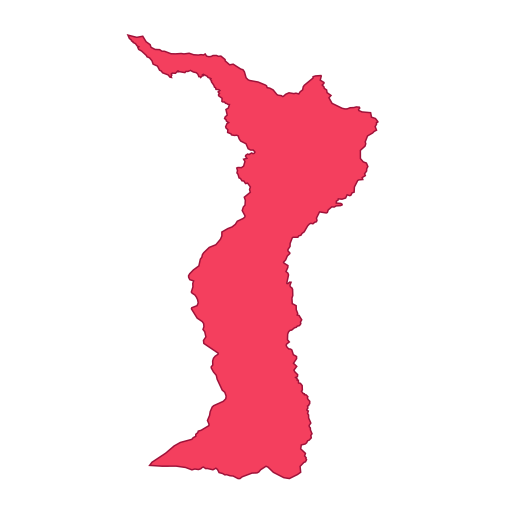 Santa Isabel, Tolima, Colombia (Equal Earth projection), rotated 269°
{"feature_id": "7082276B22900870629792", "entity_name": "Santa Isabel", "entity_type": "district", "adm_level": 2, "iso_a3": "COL", "parent_name": "Colombia", "parent_adm1": "Tolima", "projection": "equal_earth", "projection_center": [-75.189, 4.734], "detail": "fine", "context": "isolated", "style": "filled", "palette": "rose", "viewbox_px": 512, "rotation_deg": 269, "n_neighbors": 0, "source": "geoboundaries", "source_scale": "gbopen_adm2", "svg_char_len": 6095}
<svg xmlns="http://www.w3.org/2000/svg" viewBox="0 0 512 512"><g transform="rotate(269 256 256)"><path d="M39.0,296.9L44.9,296.4L48.8,300.3L49.4,301.9L51.5,303.0L52.7,302.3L53.5,302.6L55.2,301.1L57.8,302.0L62.4,297.3L66.3,298.0L67.2,301.9L68.4,303.4L70.3,304.3L71.0,306.0L73.2,308.1L75.6,307.7L77.3,308.9L81.1,307.4L83.2,307.3L84.4,306.3L85.7,306.2L88.0,307.9L93.1,305.8L96.2,305.8L97.6,304.8L100.1,305.6L100.8,304.3L101.6,304.2L103.0,305.2L105.1,304.9L105.6,306.1L106.5,306.2L107.4,307.1L109.8,307.2L111.7,305.5L113.2,304.9L114.4,305.4L116.2,303.8L116.5,302.0L117.4,302.0L117.7,300.8L120.0,299.1L121.2,300.0L125.7,299.9L127.9,298.2L128.3,296.3L131.0,296.2L131.2,295.0L132.2,295.2L133.9,293.5L134.6,295.3L136.6,295.6L139.5,292.8L141.2,291.9L144.9,294.8L148.1,291.6L152.7,294.8L154.8,294.8L156.7,291.6L161.4,290.2L162.3,289.0L162.6,287.0L164.8,285.1L166.3,284.6L167.3,285.0L169.5,287.8L171.7,286.0L177.4,286.3L179.7,287.3L181.1,288.8L181.3,290.4L183.6,293.3L184.0,295.0L185.1,296.0L185.7,298.3L187.5,299.6L189.2,299.3L191.4,300.6L195.8,298.0L196.3,296.2L197.8,296.7L201.6,295.3L205.6,295.3L207.8,291.4L213.4,291.2L215.8,292.1L222.0,292.0L223.5,291.3L224.5,289.9L226.1,289.4L229.1,290.6L229.3,289.2L227.9,287.5L227.9,286.6L228.4,286.3L236.5,288.2L238.3,287.6L239.9,285.7L243.9,287.6L245.8,287.8L248.5,283.8L249.3,283.4L251.6,285.6L255.5,287.3L257.8,289.8L258.4,289.9L260.6,288.0L261.8,288.0L265.0,290.2L267.9,290.3L273.4,292.5L274.1,293.4L274.0,298.2L275.3,298.9L276.0,301.3L277.8,302.4L279.3,304.6L285.3,308.2L287.2,310.1L287.7,311.5L287.2,313.5L288.7,315.3L289.2,317.0L290.6,317.6L292.8,317.1L299.0,320.3L297.8,327.0L298.3,328.1L300.8,329.0L303.8,332.6L303.6,335.0L304.7,337.1L304.9,341.4L305.5,342.9L306.2,343.0L307.1,341.7L307.5,337.2L309.5,337.3L310.3,338.9L311.7,339.3L311.3,343.0L312.4,346.6L315.6,348.2L314.7,350.8L315.1,351.9L317.5,353.2L318.1,355.2L323.3,355.6L329.7,359.0L330.3,360.1L330.6,364.1L332.5,363.5L334.5,366.7L336.3,366.0L339.1,368.1L341.3,368.2L343.5,369.4L347.0,368.0L348.3,364.8L351.6,362.1L359.8,362.2L363.9,366.9L366.3,367.7L368.2,367.2L374.1,369.6L377.0,374.8L378.5,376.3L379.7,378.7L383.3,377.4L385.6,378.8L387.3,378.8L387.7,380.1L388.2,380.2L391.4,377.8L392.8,373.9L397.3,373.1L398.2,364.5L399.7,361.3L400.7,361.1L402.1,362.3L403.0,361.9L403.3,358.9L402.7,356.4L402.6,352.7L401.5,349.7L401.5,347.5L402.2,344.7L407.3,334.7L412.9,331.7L415.2,333.8L418.1,329.9L420.8,329.5L422.4,327.2L423.9,326.9L425.8,325.2L427.4,326.9L428.3,327.0L430.7,323.3L434.8,324.4L435.3,324.1L435.0,318.6L434.3,316.2L432.9,316.1L425.9,307.3L424.4,306.2L421.3,305.5L419.4,303.0L417.3,301.6L418.1,298.8L417.7,296.7L418.6,291.8L417.2,288.5L415.1,286.1L415.0,285.3L415.9,284.2L416.4,280.8L417.1,279.7L421.8,276.0L423.6,272.7L424.1,270.1L426.0,269.5L426.8,268.3L429.9,261.2L431.6,252.8L432.3,251.2L434.4,249.2L440.4,247.6L442.5,246.2L443.2,244.0L448.2,236.5L447.6,233.0L451.6,228.6L453.0,228.5L456.5,224.4L456.3,221.7L457.2,220.0L457.2,216.4L456.3,214.7L456.1,212.3L456.7,210.1L458.9,208.7L457.9,207.1L458.3,204.5L457.9,201.9L458.3,197.2L459.9,192.7L459.3,187.5L459.8,184.7L459.5,179.0L459.7,174.6L462.3,168.1L462.4,165.5L464.0,163.3L464.3,158.7L466.5,154.7L469.2,153.8L472.1,149.9L477.7,146.6L476.7,140.6L479.1,131.8L475.7,133.2L474.1,135.1L473.2,135.3L472.5,136.7L471.7,136.8L470.4,139.2L468.1,140.8L467.2,142.4L466.6,141.5L464.6,142.3L462.9,145.2L458.4,149.9L457.1,150.5L456.0,153.0L453.0,155.4L449.6,156.5L447.6,160.8L443.5,162.8L442.6,164.5L440.8,165.8L438.6,171.3L436.3,173.1L436.0,174.6L437.1,174.2L438.4,175.0L439.4,174.4L440.3,175.4L440.1,178.7L442.4,181.0L442.3,181.6L441.5,181.5L441.6,183.0L440.6,188.1L441.8,189.2L441.7,191.1L442.7,193.7L441.1,196.5L440.3,199.6L438.7,201.1L436.3,202.0L436.3,203.1L435.4,203.8L436.8,205.0L437.2,206.4L438.2,205.7L438.6,206.5L436.6,210.3L435.4,211.1L434.2,214.0L433.3,213.4L432.0,214.6L431.1,214.4L427.3,216.9L425.6,217.4L425.0,218.5L423.3,218.9L423.0,221.7L422.1,222.8L420.7,221.0L419.1,222.3L418.2,221.4L416.9,221.4L414.3,224.8L411.2,224.6L410.6,225.5L410.5,227.2L409.2,228.2L409.0,229.4L408.1,230.5L407.9,232.1L404.4,230.9L403.0,228.5L397.4,229.7L395.6,227.6L393.9,227.0L392.9,228.4L391.5,228.7L389.8,231.0L388.9,229.3L385.7,227.9L384.3,228.4L382.9,230.0L380.0,229.8L378.6,233.1L377.5,233.6L376.9,236.6L377.1,238.7L376.5,240.2L373.4,241.2L371.2,242.7L368.4,248.0L363.4,250.0L362.0,252.5L362.0,255.0L360.3,256.6L359.6,256.7L358.6,255.8L358.4,254.7L359.1,253.4L357.6,250.8L358.1,249.4L356.9,247.6L356.0,247.2L353.8,248.6L353.0,245.3L350.7,246.6L346.1,245.2L344.6,243.0L344.8,239.5L344.3,238.3L341.7,239.0L339.4,238.4L338.1,239.4L334.4,240.4L333.8,241.8L331.4,243.3L331.2,245.1L328.6,246.8L329.0,248.9L325.1,251.6L322.6,250.7L319.8,251.4L315.0,245.3L311.9,246.3L307.1,245.9L305.2,244.2L301.7,243.0L296.4,245.7L295.3,245.6L293.9,244.1L291.1,237.9L288.0,235.9L285.5,232.6L283.9,228.3L280.6,222.3L276.6,222.2L273.3,220.7L268.0,216.1L265.4,209.4L260.2,203.8L258.4,202.5L255.7,201.8L253.8,200.3L247.1,198.7L243.2,193.2L239.4,189.4L237.4,188.2L235.8,188.3L233.5,189.4L232.2,193.2L229.6,192.3L226.2,192.4L221.1,190.7L220.0,191.4L218.1,194.2L216.1,195.6L213.5,196.8L210.1,197.4L207.4,196.2L205.4,190.9L204.3,190.5L194.9,196.1L191.4,201.1L189.3,202.5L186.2,202.7L183.5,201.7L181.2,203.4L176.0,204.5L172.5,202.0L169.5,202.3L159.5,216.5L158.4,216.3L156.5,213.4L154.5,211.7L151.7,210.8L147.8,210.9L146.0,209.3L144.9,209.3L140.9,211.4L137.4,214.2L133.5,215.0L122.5,219.9L120.3,222.4L116.5,223.7L113.8,223.3L111.3,220.8L107.1,211.1L105.8,209.6L101.2,207.5L97.4,206.8L92.4,204.6L88.7,206.1L87.2,205.9L82.7,198.1L81.9,195.2L80.4,194.7L78.8,192.7L76.7,192.6L75.5,190.1L73.8,188.6L70.9,177.1L67.5,170.8L60.4,162.2L51.6,148.4L48.5,146.0L47.5,158.4L47.3,172.5L45.8,181.9L43.3,188.2L44.1,191.1L43.5,194.7L44.2,197.0L45.6,198.6L45.9,199.8L44.3,202.0L44.4,203.7L43.0,209.2L44.5,212.2L43.2,213.8L40.1,215.3L39.1,218.8L37.7,221.1L37.9,222.9L36.8,226.0L36.4,229.3L33.8,234.1L33.7,236.0L35.5,238.4L39.0,248.2L39.1,253.2L40.0,255.0L42.2,256.9L45.6,262.3L44.8,264.2L39.4,269.6L33.9,279.9L32.9,285.5L36.8,293.7L39.0,296.9Z" fill="#f43f5e" stroke="#9f1239" stroke-width="1.5"/></g></svg>